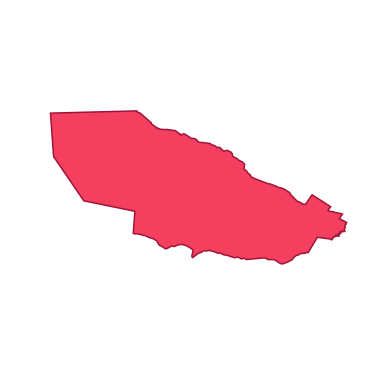 La Paz, Catamarca, Argentina, rotated 106°
{"feature_id": "61730980B42057198063965", "entity_name": "La Paz", "entity_type": "district", "adm_level": 2, "iso_a3": "ARG", "parent_name": "Argentina", "parent_adm1": "Catamarca", "projection": "equal_earth", "projection_center": [-65.146, -29.358], "detail": "fine", "context": "isolated", "style": "filled", "palette": "rose", "viewbox_px": 384, "rotation_deg": 106, "n_neighbors": 0, "source": "geoboundaries", "source_scale": "gbopen_adm2", "svg_char_len": 5509}
<svg xmlns="http://www.w3.org/2000/svg" viewBox="0 0 384 384"><g transform="rotate(106 192 192)"><path d="M191.5,38.7L191.2,38.5L191.2,38.1L191.0,37.9L191.0,37.7L190.8,37.6L190.7,37.6L190.4,37.9L190.4,38.0L190.5,38.4L190.7,38.6L190.5,38.8L190.3,38.7L190.2,38.7L189.8,38.8L189.7,38.8L189.7,38.7L189.4,38.4L189.3,38.2L189.2,38.1L188.8,38.1L188.6,37.9L188.5,37.6L188.8,37.5L189.0,37.5L189.1,37.4L189.1,37.1L189.0,36.7L188.8,36.4L188.7,36.3L188.6,36.1L188.2,35.7L188.1,35.1L188.0,34.9L188.0,34.7L187.8,34.4L187.7,34.2L187.4,34.2L187.1,34.3L187.0,34.7L186.8,34.9L186.6,35.2L186.3,35.3L186.1,35.3L185.9,35.3L185.6,35.2L185.4,35.1L185.2,35.0L184.9,35.0L183.9,35.1L183.4,35.2L183.2,35.2L182.7,35.4L182.7,35.6L182.5,35.8L182.3,35.9L182.0,35.9L181.5,35.8L181.4,35.7L181.2,35.6L180.9,35.4L180.7,35.2L180.4,35.0L180.2,35.1L180.1,35.3L179.6,35.4L179.4,35.3L179.3,35.1L178.8,35.0L178.6,35.1L177.0,43.0L171.8,41.3L171.8,43.3L171.7,44.0L172.3,49.2L172.0,50.4L172.2,52.5L172.6,53.0L172.4,56.2L167.9,54.7L161.6,75.8L172.5,79.5L173.2,81.9L172.5,83.6L172.4,84.5L171.9,86.6L171.9,88.3L169.0,93.4L167.7,96.1L167.1,96.3L166.4,97.4L166.0,97.5L165.9,98.1L165.1,99.1L165.4,100.0L164.3,101.8L164.2,103.3L164.2,103.8L163.7,104.3L163.6,107.5L163.8,110.5L163.4,111.0L162.7,119.6L163.1,121.2L162.1,132.2L161.7,136.1L161.1,139.3L160.3,140.0L159.4,140.7L158.9,142.6L157.6,144.4L156.7,145.3L155.9,148.0L155.1,148.3L154.9,148.5L153.7,148.7L152.7,148.9L151.0,148.9L149.8,150.8L149.1,152.1L149.0,153.4L149.0,153.9L148.2,156.6L147.5,158.1L147.1,159.3L147.1,160.6L146.9,160.9L146.5,162.2L146.3,162.4L145.7,163.1L145.5,163.3L144.2,163.8L143.0,165.3L142.6,167.2L142.6,167.7L142.2,169.2L143.0,171.4L143.7,172.2L144.0,172.8L143.8,173.3L143.5,173.7L143.1,174.8L142.7,175.2L142.7,175.5L141.5,177.2L141.9,178.8L141.9,179.0L142.4,180.5L142.0,180.7L141.0,183.8L141.4,184.9L141.1,185.7L141.1,186.3L140.5,187.7L140.6,188.1L140.5,189.1L140.7,189.9L140.7,190.2L140.9,191.3L141.0,191.5L141.1,191.8L141.2,192.4L141.2,193.3L141.3,194.3L141.2,194.9L141.7,196.0L141.8,196.8L142.0,197.5L142.1,198.5L142.1,198.9L142.2,199.1L142.1,199.6L142.2,200.2L142.1,200.5L141.9,200.6L140.8,201.4L140.1,203.2L140.0,205.2L140.3,205.9L140.3,206.4L140.6,207.2L140.3,208.5L140.2,208.6L139.6,210.6L139.0,212.5L139.0,213.2L138.8,213.4L138.2,215.8L140.5,218.6L140.2,219.0L139.8,218.6L139.6,218.8L139.6,219.1L139.4,219.6L139.4,220.2L137.6,224.9L138.9,233.9L139.5,235.1L139.9,238.0L140.3,238.8L140.4,240.3L139.9,242.4L140.3,243.5L140.0,243.5L139.6,244.4L139.5,244.9L139.1,246.0L137.7,249.7L137.6,249.9L136.9,250.1L136.7,250.2L136.3,251.2L133.9,256.2L130.4,263.6L130.4,263.8L130.6,264.9L130.7,265.0L129.5,267.0L129.2,267.3L155.2,349.8L196.1,334.8L230.3,293.6L226.3,241.6L247.9,237.1L247.9,235.8L248.0,235.6L248.0,235.2L247.5,233.8L247.3,233.0L247.2,232.2L247.1,230.4L247.0,229.6L247.0,228.7L247.2,227.4L247.1,226.4L246.9,225.6L246.9,224.3L247.1,223.1L247.4,222.2L247.5,221.1L247.6,219.9L247.6,219.1L247.4,218.3L247.6,217.1L247.7,216.2L248.1,215.0L248.2,214.1L248.3,213.8L248.5,212.8L248.9,212.2L249.2,211.9L250.3,210.8L250.8,210.3L251.5,209.6L251.9,209.2L252.1,208.7L252.3,208.1L253.0,204.7L253.9,202.1L253.9,201.8L253.7,201.1L253.4,200.8L253.1,200.3L252.7,200.0L252.3,199.5L252.2,199.3L251.5,198.6L251.3,198.4L251.1,198.2L250.6,197.8L250.1,197.2L249.7,196.8L249.5,196.3L249.4,195.7L249.4,195.1L249.4,194.4L249.2,194.0L248.7,193.3L248.4,192.9L248.2,192.5L247.7,192.0L247.3,191.4L246.3,190.1L245.9,189.1L245.2,187.3L245.2,185.8L245.1,184.8L245.1,184.3L245.2,182.9L245.8,179.8L246.0,179.1L247.1,175.8L247.5,175.4L248.0,174.8L248.5,174.8L249.0,174.7L249.8,174.7L250.7,174.7L251.5,174.6L252.1,174.5L252.8,174.6L253.2,174.6L253.6,174.4L254.4,174.1L254.8,173.5L254.7,173.1L254.3,172.9L253.8,172.4L252.9,171.7L251.3,170.7L250.4,170.0L249.8,169.4L249.3,169.0L248.1,167.4L247.8,166.8L247.2,166.2L246.4,165.7L246.0,165.5L245.6,165.0L245.3,164.4L245.2,163.7L244.8,162.8L244.8,162.2L244.6,161.9L244.3,161.4L244.1,160.6L243.9,160.1L243.3,159.0L243.3,158.0L243.4,157.4L243.3,156.3L243.3,155.7L243.2,154.9L243.3,154.3L243.4,153.3L243.6,152.1L243.6,151.2L243.7,150.5L243.7,150.2L243.4,149.5L243.0,148.9L243.2,147.9L243.2,146.9L243.4,146.0L243.5,145.1L243.6,144.3L243.6,143.4L243.4,143.1L243.3,142.5L243.3,141.7L243.4,141.1L243.2,140.6L243.2,140.3L243.1,139.9L243.3,139.1L243.3,138.1L243.4,137.6L243.4,137.0L243.4,132.6L242.0,130.5L242.3,127.3L242.7,126.6L242.5,125.3L241.5,124.4L241.5,122.6L242.0,121.4L236.4,106.9L235.3,104.0L235.3,103.5L235.4,102.7L235.7,101.5L236.1,100.2L235.9,99.8L235.6,99.0L234.6,95.2L234.5,94.5L234.6,93.4L235.3,91.0L235.9,89.1L236.4,87.4L236.4,87.0L236.2,85.1L235.9,84.7L232.7,80.3L231.4,79.3L231.1,79.0L230.6,78.2L230.3,77.7L229.7,77.2L228.8,76.8L227.9,76.4L226.9,76.1L225.9,75.5L224.8,74.7L224.3,74.2L223.1,72.2L222.8,72.0L222.4,71.7L221.5,70.7L220.6,69.4L220.3,67.4L219.0,65.8L218.2,63.6L201.0,59.0L199.2,47.0L199.2,46.5L199.2,45.9L199.4,45.4L199.6,44.9L199.5,44.6L199.4,44.5L199.0,44.5L198.8,44.6L198.7,44.5L198.6,44.4L198.5,44.1L198.4,44.0L198.2,44.1L197.9,44.0L197.4,43.8L197.2,43.8L196.7,44.0L196.5,43.9L196.6,43.7L196.6,43.4L196.4,43.2L196.2,43.1L195.7,43.1L195.6,42.9L195.5,42.5L195.3,41.9L195.1,41.7L194.9,41.6L194.5,42.0L194.2,42.0L194.0,41.9L193.8,41.7L193.6,41.2L193.9,40.8L194.3,40.7L194.4,40.4L194.4,40.1L194.2,39.7L194.1,38.8L193.9,38.6L193.6,38.5L193.1,38.6L193.1,39.0L193.2,39.3L193.2,39.5L192.6,39.9L192.4,39.9L192.2,40.0L192.0,39.9L191.8,39.9L191.6,39.6L191.7,39.1L191.6,38.9L191.5,38.7L191.5,38.7Z" fill="#f43f5e" stroke="#9f1239" stroke-width="1.5"/></g></svg>